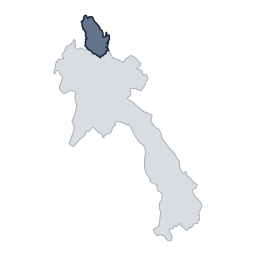 Phôngsali highlighted on a map of Laos
{"feature_id": "LAO-3291", "entity_name": "Phôngsali", "entity_type": "Province", "adm_level": 1, "iso_a3": "LAO", "parent_name": "Laos", "parent_adm1": "", "projection": "equal_earth", "projection_center": [102.249, 21.683], "detail": "fine", "context": "in_parent", "style": "filled", "palette": "slate", "viewbox_px": 256, "rotation_deg": 0, "n_neighbors": 0, "source": "natural_earth", "source_scale": "10m", "svg_char_len": 5860}
<svg xmlns="http://www.w3.org/2000/svg" viewBox="0 0 256 256"><path d="M93.2,18.4L94.2,20.9L99.2,27.5L100.1,29.3L102.0,30.7L103.5,36.6L104.1,37.0L105.0,36.6L105.6,35.8L106.1,33.5L106.5,33.2L107.0,35.1L108.5,35.7L109.1,36.5L109.3,37.9L109.1,39.4L107.9,42.8L107.2,47.3L112.1,57.0L114.2,58.4L119.1,60.0L122.4,62.1L124.0,61.6L125.4,59.2L127.2,57.8L130.5,55.7L131.5,55.6L133.3,56.5L136.3,58.9L140.9,63.4L140.7,64.6L139.9,65.8L137.5,67.6L136.7,68.8L137.2,69.2L139.2,69.5L141.6,70.5L142.3,71.7L142.7,74.4L143.2,74.9L145.4,74.6L146.1,75.0L146.9,75.9L147.7,78.1L147.6,79.8L145.5,82.8L145.2,84.6L144.1,86.7L141.1,90.3L140.3,90.5L134.7,88.5L130.2,88.8L129.9,89.6L130.6,91.7L130.9,93.8L130.2,95.5L127.6,97.6L127.5,98.5L128.1,99.4L131.8,101.4L143.7,111.6L149.1,113.6L151.5,114.9L152.1,115.6L152.1,116.5L151.5,117.7L151.0,119.7L151.0,120.9L151.5,122.1L152.5,123.8L155.9,127.8L158.3,128.7L160.9,133.2L161.7,137.1L162.9,139.6L169.2,148.1L174.4,153.4L177.5,159.0L179.0,160.3L179.5,162.3L179.9,168.3L181.7,171.3L182.1,172.5L182.9,173.4L183.8,173.5L185.6,171.6L185.9,171.9L186.8,175.0L187.5,176.2L190.3,178.1L193.2,181.9L194.8,183.3L196.8,184.4L197.0,185.6L196.7,186.8L196.1,187.6L192.7,189.8L192.3,190.7L194.6,195.6L200.2,201.6L202.0,205.2L201.6,207.0L200.1,210.5L199.0,211.4L198.7,212.5L199.6,215.4L199.5,219.8L198.4,220.9L197.5,223.6L196.8,223.8L195.0,222.8L191.5,227.5L189.9,227.2L188.1,229.8L185.8,230.2L184.1,228.2L180.7,225.1L179.4,223.2L178.4,224.9L176.6,226.5L174.0,225.9L173.3,228.2L172.8,228.7L169.7,229.1L169.2,229.4L169.7,231.6L171.5,235.2L172.1,237.2L171.0,240.6L167.8,240.6L166.3,239.2L164.5,236.3L160.3,234.4L157.6,235.7L156.8,235.6L154.7,233.2L153.9,231.7L153.4,229.3L156.6,227.5L158.2,226.0L159.2,224.5L159.6,222.9L160.1,216.1L160.5,213.8L160.3,210.9L159.4,208.6L159.4,205.2L159.8,202.4L161.0,201.0L161.8,199.1L162.3,194.6L161.9,193.4L160.7,192.4L158.7,191.3L157.5,190.0L157.0,188.4L157.0,187.0L157.6,185.8L156.1,184.5L152.5,183.0L150.5,181.3L150.1,179.2L148.6,176.5L146.0,173.2L144.6,168.4L144.5,162.1L144.8,157.1L145.8,151.2L144.3,146.9L142.7,144.7L140.4,143.0L138.2,140.7L136.1,137.6L133.6,133.1L130.7,127.0L128.8,124.4L127.8,125.0L125.7,124.4L122.5,122.7L119.7,121.8L117.4,121.6L115.8,122.0L115.1,122.9L115.1,123.8L115.7,124.7L115.3,125.4L114.1,125.9L113.1,126.9L112.0,129.1L111.2,132.0L110.0,133.1L108.2,133.4L106.4,134.2L104.7,135.6L103.8,136.6L103.9,137.4L103.6,137.5L102.7,137.1L102.3,136.2L102.3,134.7L101.4,133.7L99.6,133.2L97.5,131.5L93.5,127.4L92.6,127.2L91.3,128.3L89.6,130.6L88.2,131.5L87.1,131.0L86.2,131.9L85.6,134.0L84.5,135.7L79.1,140.1L74.3,145.9L73.1,146.4L70.2,144.8L69.2,143.7L73.3,131.9L73.9,129.0L73.8,125.2L72.1,122.0L72.0,121.1L72.3,120.2L74.3,116.5L76.7,107.1L76.6,104.2L75.6,100.9L75.0,97.9L75.5,93.7L75.3,92.1L74.2,91.3L70.5,90.5L68.4,91.2L67.4,92.3L66.2,93.0L63.9,93.4L61.7,92.0L59.9,89.6L59.4,86.7L61.7,80.4L62.3,78.0L62.2,76.8L61.9,75.7L61.3,75.5L60.1,74.0L59.0,71.4L58.0,70.2L56.9,70.5L56.0,71.4L54.5,73.9L54.0,73.6L55.4,64.9L56.7,61.2L58.2,59.5L59.7,58.8L61.4,59.1L62.8,58.8L63.9,57.9L63.8,57.4L62.5,57.2L62.0,56.2L62.3,54.4L62.9,53.2L63.8,52.7L64.7,50.8L65.5,47.7L66.6,46.1L67.8,46.0L69.9,44.7L72.9,42.0L74.0,39.5L75.1,40.6L74.7,43.6L75.3,44.2L75.6,45.3L75.4,47.0L75.6,48.4L76.1,49.1L76.7,49.4L79.9,48.2L81.8,48.1L84.9,50.3L86.8,48.7L86.8,48.1L85.3,46.0L85.8,38.5L85.6,32.7L83.0,28.5L82.5,26.8L82.2,24.0L81.5,21.6L83.3,19.7L84.3,16.2L85.6,15.4L86.1,15.5L87.6,18.1L89.6,16.8L91.2,16.8L92.5,17.5L93.2,18.4Z" fill="#d9dde1" stroke="#a8b0b8" stroke-width="1"/><path d="M85.9,15.4L86.0,15.4L86.5,16.0L87.2,17.7L87.6,18.3L88.1,18.4L88.3,18.1L88.4,17.5L88.6,17.1L88.9,16.9L89.8,16.9L90.2,16.7L90.6,16.6L91.0,16.7L92.2,17.0L92.3,17.1L92.5,17.2L92.6,17.5L92.8,17.9L93.0,17.9L93.1,18.3L93.2,18.5L93.4,19.3L93.5,19.4L93.6,19.6L93.7,19.9L93.6,20.2L93.7,20.3L94.0,20.7L94.3,21.0L94.6,21.3L94.7,21.9L95.1,22.3L96.2,23.0L97.6,24.7L98.2,25.2L98.4,25.4L98.5,25.7L98.7,26.3L98.9,26.6L99.2,27.0L99.7,27.3L100.0,27.7L99.9,28.0L99.7,28.2L99.7,28.3L99.9,29.3L100.7,29.8L101.5,30.2L102.1,30.8L102.8,32.7L103.0,33.7L102.9,35.3L102.9,35.8L103.0,36.4L103.1,36.8L103.3,37.1L104.4,37.1L104.6,37.0L105.2,36.5L105.7,35.8L105.9,35.0L106.0,32.9L106.3,32.5L106.7,32.9L106.8,34.0L106.8,35.1L106.9,35.6L107.1,35.9L107.4,35.9L108.8,35.1L109.0,35.0L109.2,35.4L109.3,35.7L109.3,36.0L109.3,37.8L109.4,38.4L109.5,39.0L109.2,39.7L108.4,40.9L108.0,41.3L107.1,43.1L107.4,43.0L107.8,42.7L108.2,42.4L108.5,42.5L108.4,42.8L107.8,44.1L107.7,44.6L107.7,45.8L107.6,46.3L107.4,46.6L106.8,46.8L106.4,47.1L106.2,47.6L106.4,47.7L106.7,47.6L107.2,47.7L107.5,47.8L107.7,48.0L107.9,48.3L108.0,48.6L108.0,48.9L107.8,49.4L107.8,49.6L107.9,49.9L108.1,49.9L108.4,50.1L108.6,50.5L107.1,50.7L106.8,50.6L106.5,50.6L106.3,51.1L106.1,52.3L106.1,53.0L105.9,53.4L105.4,53.5L105.2,53.5L105.1,53.9L103.8,54.6L103.5,54.8L103.2,55.6L102.6,55.4L102.1,55.6L101.7,55.9L100.5,57.6L99.5,57.1L99.4,56.6L99.2,56.3L98.6,56.2L98.0,56.1L97.4,55.6L96.7,55.2L96.2,54.5L95.5,54.0L94.9,53.7L94.2,53.9L93.5,53.8L92.9,53.3L92.3,52.7L91.4,51.1L90.8,50.7L89.3,50.2L89.1,49.9L88.8,49.7L88.5,49.6L87.6,48.7L87.2,48.5L87.2,48.4L87.3,48.1L87.2,47.8L87.0,47.5L86.8,47.3L86.6,47.1L85.6,46.6L85.3,46.3L85.2,45.9L85.2,45.4L85.4,44.4L85.4,41.9L85.7,41.3L85.8,40.8L85.5,39.8L85.6,39.4L85.9,39.1L86.3,39.1L86.7,38.9L86.9,38.5L86.9,37.9L86.6,37.7L86.2,37.6L86.0,37.3L85.9,37.1L85.9,36.5L85.9,36.3L85.8,36.1L85.5,35.7L85.4,35.6L85.4,35.2L85.5,34.7L85.9,33.2L85.4,32.4L85.0,31.6L84.6,30.9L84.6,30.6L84.5,30.4L84.5,30.2L84.4,30.0L83.7,29.8L83.3,29.4L83.1,29.1L83.0,28.0L82.8,27.5L82.3,26.4L82.1,25.9L82.1,25.3L82.2,24.8L82.3,24.3L82.2,23.7L82.0,23.2L81.4,22.3L81.3,21.9L81.6,21.4L81.8,21.2L82.0,21.0L82.3,21.0L82.5,21.1L83.0,21.0L83.1,20.8L83.3,19.8L83.4,19.3L83.4,19.2L83.8,18.8L83.8,18.2L83.8,17.7L83.8,17.2L84.0,16.7L84.3,16.2L84.7,15.8L85.2,15.5L85.7,15.4L85.9,15.4Z" fill="#64748b" stroke="#1e293b" stroke-width="1.5"/></svg>